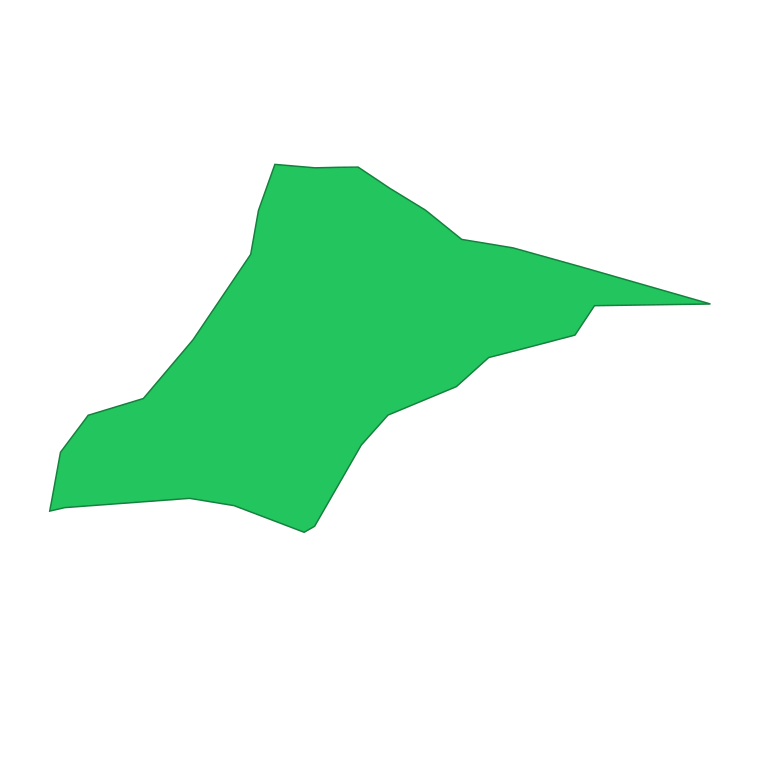 Az Zawiyah, Equal Earth projection, rotated 194°
{"feature_id": "LBY-2975", "entity_name": "Az Zawiyah", "entity_type": "Municipality", "adm_level": 1, "iso_a3": "LBY", "parent_name": "Libya", "parent_adm1": "", "projection": "equal_earth", "projection_center": [12.658, 32.555], "detail": "fine", "context": "isolated", "style": "filled", "palette": "green", "viewbox_px": 768, "rotation_deg": 194, "n_neighbors": 0, "source": "natural_earth", "source_scale": "10m", "svg_char_len": 590}
<svg xmlns="http://www.w3.org/2000/svg" viewBox="0 0 768 768"><g transform="rotate(194 384 384)"><path d="M425.6,220.8L500.0,229.7L545.0,226.0L663.9,186.8L677.6,179.8L677.9,184.1L678.1,188.3L681.4,239.5L664.9,278.6L663.5,282.1L614.0,311.7L593.3,353.7L580.1,380.5L544.7,477.6L547.8,522.0L543.0,570.7L503.1,577.1L480.4,583.3L461.6,588.2L425.8,575.3L385.8,562.7L343.6,543.1L291.5,547.3L220.4,545.3L86.6,540.6L198.7,510.9L210.5,477.7L251.7,455.1L288.8,435.0L313.1,399.0L372.6,354.8L391.3,319.2L416.9,229.2L425.5,220.9L425.6,220.8Z" fill="#22c55e" stroke="#15803d" stroke-width="1.5"/></g></svg>